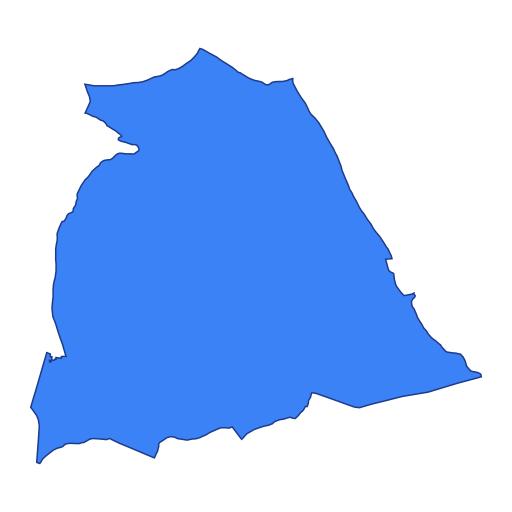 the district of Tlaquilpa, Veracruz, Mexico
{"feature_id": "50627088B52599257884021", "entity_name": "Tlaquilpa", "entity_type": "district", "adm_level": 2, "iso_a3": "MEX", "parent_name": "Mexico", "parent_adm1": "Veracruz", "projection": "mercator", "projection_center": [-97.107, 18.613], "detail": "fine", "context": "isolated", "style": "filled", "palette": "blue", "viewbox_px": 512, "rotation_deg": 0, "n_neighbors": 0, "source": "geoboundaries", "source_scale": "gbopen_adm2", "svg_char_len": 5372}
<svg xmlns="http://www.w3.org/2000/svg" viewBox="0 0 512 512"><path d="M36.7,462.4L39.8,463.5L40.9,462.0L42.6,459.0L45.4,456.4L48.7,453.7L53.5,450.0L57.0,448.3L61.4,447.1L63.1,446.3L64.9,444.4L67.4,443.6L70.4,443.3L74.8,443.5L79.1,443.6L81.8,442.7L83.8,442.5L87.3,440.6L89.5,439.3L92.1,438.6L94.2,438.6L97.5,438.8L101.4,439.1L106.2,439.6L109.6,438.5L119.3,443.2L128.7,447.1L136.3,450.3L145.7,454.3L154.4,457.9L156.1,454.0L157.6,451.1L158.0,449.1L158.7,446.6L158.7,443.7L159.9,442.3L162.5,440.7L164.7,439.2L166.8,437.7L170.7,436.6L174.7,437.2L177.5,438.6L182.2,439.3L187.0,440.1L192.3,439.0L195.8,438.8L199.6,437.7L202.4,436.4L205.7,435.0L210.2,432.3L213.9,430.7L217.0,429.3L220.7,427.8L224.5,427.7L229.1,428.1L232.2,426.9L237.8,434.3L241.6,439.3L243.4,437.7L245.1,435.5L247.2,433.5L250.4,431.7L254.4,429.4L258.9,427.8L263.9,426.2L269.0,425.1L271.3,424.1L271.9,423.9L272.3,423.8L274.5,421.7L275.6,421.2L280.0,419.6L283.4,419.2L287.5,417.9L289.9,417.2L291.8,417.9L294.9,418.6L296.6,417.3L298.5,415.3L300.4,412.9L303.3,410.2L303.7,409.5L305.4,406.5L307.2,406.5L307.5,405.6L308.0,404.4L308.5,402.0L308.5,400.6L310.5,397.3L311.2,394.4L311.9,392.6L316.7,393.6L323.7,396.1L328.3,397.7L332.7,399.3L338.9,401.5L345.2,403.8L354.2,407.0L359.4,407.7L370.7,404.4L375.7,403.1L383.1,401.3L389.1,399.8L397.3,397.7L403.0,396.3L409.0,395.3L416.2,394.1L427.8,392.2L430.5,391.4L441.0,388.2L450.3,385.4L457.9,383.1L464.7,381.3L469.9,379.9L475.9,378.3L481.3,376.8L481.0,375.3L480.8,374.2L479.6,373.5L478.0,372.6L476.5,372.3L474.7,371.8L473.3,371.7L471.0,371.0L469.5,369.6L467.6,367.4L466.4,365.7L466.1,364.2L465.6,362.6L464.9,360.4L464.0,358.7L463.1,357.0L460.6,354.3L458.9,353.8L456.7,353.4L455.8,353.1L453.6,353.0L452.1,352.8L449.4,352.4L446.7,352.0L445.5,351.0L444.1,349.5L442.0,347.3L440.5,344.9L438.5,343.4L436.0,341.1L433.7,339.5L431.5,337.7L428.3,334.1L426.4,330.9L423.8,328.1L421.6,324.0L419.6,321.0L417.5,317.5L416.0,313.3L414.0,308.8L412.2,306.4L411.7,304.1L411.5,301.3L412.5,299.4L413.5,298.4L414.6,297.4L415.2,295.9L414.6,294.8L413.8,294.0L414.0,293.1L413.3,293.4L411.6,294.2L408.0,294.9L404.3,295.6L403.4,295.0L402.3,293.8L400.8,292.2L399.3,290.2L397.8,288.1L396.4,286.2L395.4,283.6L394.4,279.5L393.7,273.7L392.7,272.9L391.1,272.3L388.9,270.7L387.8,267.5L386.6,262.8L385.6,259.2L392.0,258.7L391.2,255.7L390.2,253.7L387.8,248.7L386.3,246.9L384.0,243.0L381.8,239.6L379.7,236.5L376.4,232.6L373.5,228.9L370.9,224.0L367.3,219.3L364.0,213.9L361.4,210.7L359.2,207.1L357.3,203.1L356.2,201.0L353.5,196.3L351.9,192.8L349.6,189.2L348.5,185.7L346.9,182.0L345.0,177.7L343.5,173.9L342.1,170.7L340.9,165.8L339.4,162.1L338.4,159.4L336.8,155.6L335.1,152.5L333.1,148.1L330.4,143.8L326.7,137.3L323.7,130.9L318.6,122.5L314.8,117.9L310.7,113.9L309.0,111.0L307.6,107.9L305.3,103.2L300.9,97.2L297.2,91.1L293.0,83.1L292.7,80.6L292.8,78.5L288.8,79.6L288.4,80.0L286.1,80.8L282.3,81.5L279.6,81.5L275.9,81.6L272.2,82.3L268.8,84.7L266.3,84.8L264.7,84.0L262.1,82.2L258.8,81.2L255.3,80.6L251.9,79.4L247.8,77.6L245.4,76.0L241.6,73.7L240.3,72.8L238.3,72.3L235.0,69.5L232.3,67.4L227.3,64.2L221.6,60.7L216.4,56.9L213.9,55.6L211.8,54.4L209.5,53.3L206.2,51.3L202.5,49.3L199.9,48.5L198.4,51.1L197.5,53.2L194.3,57.0L190.8,60.5L186.7,63.2L182.3,66.5L178.6,68.6L174.8,69.9L172.7,69.4L170.5,70.2L167.9,71.4L165.1,73.4L161.9,75.3L159.5,76.1L154.5,76.9L150.9,78.5L147.0,80.3L142.9,81.7L138.5,82.5L133.6,82.7L128.6,83.6L123.3,84.4L118.8,84.9L113.4,85.8L106.3,85.8L94.2,85.8L84.9,84.2L87.4,91.7L89.4,96.5L90.3,101.2L89.1,104.3L88.2,106.3L85.1,113.1L87.2,113.5L90.2,114.9L93.0,116.4L96.1,117.1L98.2,118.6L100.9,120.3L102.8,120.8L103.9,121.5L106.1,123.8L107.0,125.7L109.9,127.3L112.4,129.0L115.3,130.6L117.8,132.7L119.5,134.0L120.8,135.0L121.4,135.8L121.7,136.7L120.6,136.9L119.1,137.6L118.4,138.5L118.4,139.9L121.0,141.2L126.4,142.6L130.0,143.9L132.5,144.7L134.0,144.5L136.3,144.9L137.9,146.5L138.8,148.5L139.0,149.2L138.9,150.4L137.6,151.4L133.9,154.1L132.9,154.0L129.9,153.8L128.2,153.9L124.5,153.7L123.0,153.4L119.6,153.2L117.7,153.8L116.9,154.2L114.9,155.9L113.6,157.2L112.8,158.0L111.5,159.0L110.4,159.6L107.5,159.9L105.1,160.2L103.7,160.6L101.4,162.0L100.4,163.0L99.5,164.9L99.0,165.5L96.5,167.3L94.7,168.9L92.2,171.2L88.7,176.2L87.4,177.7L85.5,179.4L84.7,180.3L84.3,181.2L83.7,181.9L82.8,183.2L81.0,186.0L80.1,187.9L79.2,189.7L77.3,193.6L77.1,195.3L77.2,196.5L77.6,198.3L76.5,200.7L76.0,202.6L75.7,204.8L74.8,206.5L74.4,206.9L73.3,208.7L73.2,210.6L72.9,211.7L71.0,212.7L68.6,213.7L67.0,215.6L65.9,218.6L64.0,221.2L63.7,221.3L62.0,221.6L59.4,227.2L58.3,230.1L57.3,233.1L57.1,233.8L57.3,238.0L57.1,241.1L57.0,241.5L56.5,243.6L55.7,249.0L55.7,260.5L55.9,261.3L56.1,264.8L56.1,266.9L56.0,269.2L56.1,270.8L55.2,277.5L54.9,278.7L54.5,279.7L53.8,283.0L53.4,285.3L53.2,288.7L53.1,288.9L53.1,294.6L53.1,297.7L52.9,298.2L52.0,307.5L52.0,308.1L52.8,316.4L55.3,322.8L56.3,325.8L57.9,331.2L59.9,337.2L61.3,341.0L61.5,341.8L62.5,344.2L63.5,348.0L64.7,351.8L64.9,352.4L64.9,352.7L66.0,356.4L65.8,356.4L63.9,356.4L61.4,356.5L61.4,358.2L58.6,357.9L56.0,357.5L56.0,358.6L56.0,359.2L54.9,359.0L54.3,360.3L51.9,359.9L51.5,360.8L51.1,361.5L50.9,361.4L50.5,362.0L49.6,361.9L49.5,360.3L51.3,360.7L51.7,359.9L52.0,356.8L50.2,356.6L50.4,354.1L50.1,353.9L46.8,352.6L42.6,366.8L39.1,379.0L35.7,390.6L34.1,395.8L30.7,407.4L32.2,409.2L36.7,415.6L38.4,419.9L39.3,425.9L38.5,438.1L36.7,462.4Z" fill="#3b82f6" stroke="#1e3a8a" stroke-width="1.5"/></svg>